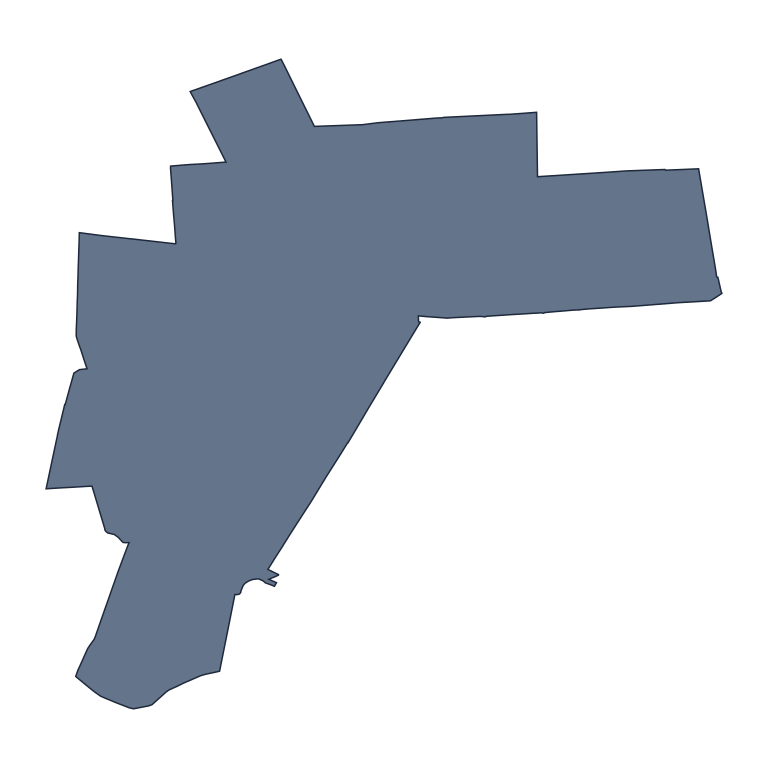 outline of Bordei Verde, Braila, Romania
{"feature_id": "2599482B17606250456703", "entity_name": "Bordei Verde", "entity_type": "district", "adm_level": 2, "iso_a3": "ROU", "parent_name": "Romania", "parent_adm1": "Braila", "projection": "robinson", "projection_center": [27.573, 45.04], "detail": "fine", "context": "isolated", "style": "filled", "palette": "slate", "viewbox_px": 768, "rotation_deg": 0, "n_neighbors": 0, "source": "geoboundaries", "source_scale": "gbopen_adm2", "svg_char_len": 3055}
<svg xmlns="http://www.w3.org/2000/svg" viewBox="0 0 768 768"><path d="M558.2,311.4L567.7,310.6L573.4,310.1L576.5,310.0L576.9,309.9L577.7,309.9L579.7,310.0L580.1,309.7L580.9,309.6L589.0,308.9L597.9,308.3L606.9,307.7L612.4,307.3L615.8,307.1L628.6,306.5L631.5,306.4L678.1,302.7L695.8,301.7L710.5,300.8L716.3,297.1L719.2,295.2L721.9,293.4L721.5,292.4L721.1,291.4L717.9,277.3L716.7,277.0L715.5,268.8L715.2,267.1L713.1,254.6L711.9,247.6L708.7,228.4L707.6,221.5L698.6,168.8L665.5,170.2L665.0,169.5L626.6,170.9L598.7,172.8L537.5,176.7L536.6,112.3L522.2,113.4L507.9,114.4L507.6,114.3L443.3,117.4L442.7,117.8L437.1,118.0L378.3,122.7L362.4,124.7L314.3,126.4L314.1,125.8L298.4,94.1L285.5,67.9L281.1,59.2L280.7,59.3L272.9,62.1L246.3,71.6L225.9,78.9L206.7,85.7L190.8,91.3L190.2,91.6L197.0,104.1L197.0,104.3L226.0,162.1L223.1,162.3L211.5,163.2L209.1,163.4L200.2,164.0L188.6,164.6L170.6,166.1L170.5,168.3L171.9,186.6L171.9,186.8L172.9,200.8L172.5,200.8L173.7,216.3L173.9,217.9L174.7,227.7L175.3,236.0L175.9,243.4L175.4,243.8L167.1,242.9L161.1,242.2L146.0,240.5L115.2,237.1L100.2,235.4L79.7,232.7L79.3,232.7L79.1,241.4L78.8,250.1L78.5,259.8L78.2,268.1L78.0,276.1L77.7,284.4L77.5,295.4L77.2,302.3L77.0,310.9L77.0,311.6L76.7,319.2L76.3,328.9L76.2,336.0L77.2,339.5L79.8,347.2L80.3,348.2L84.3,360.6L87.0,368.7L86.3,368.9L79.5,369.6L73.9,373.1L70.8,384.2L69.4,389.1L68.1,394.0L65.2,404.5L64.7,404.5L63.7,408.8L58.3,431.1L58.0,432.8L57.7,433.7L57.2,436.8L57.1,437.4L56.9,438.0L52.0,461.0L48.1,479.4L46.1,488.8L58.8,488.0L71.5,487.3L88.2,486.3L92.0,486.1L92.6,488.2L93.8,492.1L100.0,512.8L104.7,528.4L104.8,529.3L105.2,530.6L105.9,531.4L107.6,532.9L114.3,534.5L118.2,537.3L122.9,542.4L125.2,542.7L128.1,542.6L129.1,542.6L128.1,544.9L124.0,555.7L120.5,565.1L117.9,572.1L114.8,581.0L111.6,590.0L108.4,599.2L105.1,608.5L101.9,617.6L100.9,620.5L97.7,629.7L95.3,636.6L94.1,639.4L90.3,644.6L87.6,648.7L80.4,664.8L77.8,670.4L75.7,676.5L86.5,685.4L91.5,689.5L95.9,692.9L100.8,696.3L106.4,698.7L116.8,703.0L123.9,705.7L128.9,707.7L133.5,708.8L148.6,705.9L152.0,704.7L165.9,692.2L168.9,690.0L177.3,686.2L183.6,683.1L200.4,675.8L205.4,674.3L210.1,673.3L214.9,672.3L219.6,671.2L222.2,658.1L228.0,629.3L234.9,594.5L235.3,594.5L236.5,594.7L239.3,594.1L240.2,593.2L240.8,592.2L241.1,590.5L243.4,585.1L245.3,583.1L246.4,582.4L247.6,581.6L248.7,581.0L253.1,579.3L253.3,579.4L255.9,579.1L258.4,578.8L263.2,580.9L265.4,582.9L271.1,584.9L274.4,586.3L276.5,582.7L268.8,579.3L278.4,575.2L278.5,574.6L267.9,569.4L275.8,556.8L281.8,547.5L289.6,535.0L296.9,523.6L311.8,500.5L325.9,477.3L340.7,454.0L347.6,442.8L347.9,442.9L354.9,431.2L368.9,407.4L383.8,382.6L383.9,382.3L412.6,334.8L420.2,322.3L418.6,321.7L418.3,315.9L426.2,316.6L431.8,317.0L444.3,317.9L446.5,318.1L447.7,318.1L452.5,317.7L453.0,317.7L462.5,317.2L473.3,316.7L479.6,316.4L481.7,316.5L485.2,316.9L486.1,316.4L487.6,316.2L496.7,315.6L503.0,315.2L511.5,314.6L523.9,313.9L531.2,313.4L537.2,313.1L541.6,312.8L543.1,313.2L543.8,313.2L544.6,312.6L549.8,312.1L557.7,311.4L558.2,311.4Z" fill="#64748b" stroke="#1e293b" stroke-width="1.5"/></svg>